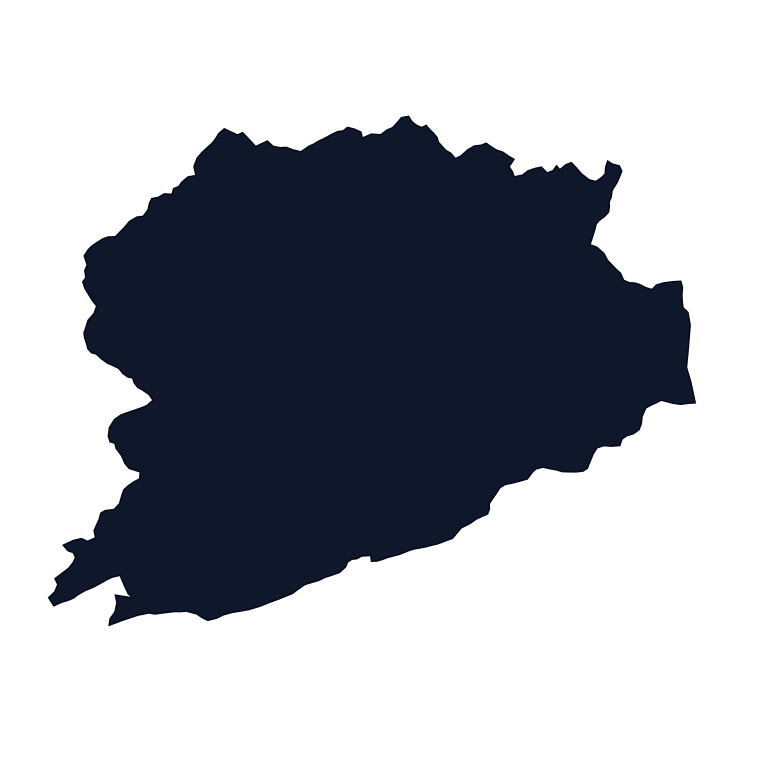 Jucás, Ceará, Brazil (Albers equal-area conic projection), rotated 6°
{"feature_id": "56859067B508683552133", "entity_name": "Jucás", "entity_type": "district", "adm_level": 2, "iso_a3": "BRA", "parent_name": "Brazil", "parent_adm1": "Ceará", "projection": "albers", "projection_center": [-39.616, -6.471], "detail": "fine", "context": "isolated", "style": "filled", "palette": "ink", "viewbox_px": 768, "rotation_deg": 6, "n_neighbors": 0, "source": "geoboundaries", "source_scale": "gbopen_adm2", "svg_char_len": 3959}
<svg xmlns="http://www.w3.org/2000/svg" viewBox="0 0 768 768"><g transform="rotate(6 384 384)"><path d="M183.8,167.1L178.8,172.8L174.6,178.8L172.3,187.6L175.2,196.3L167.4,198.6L161.7,204.6L159.3,209.1L154.4,211.7L153.4,217.6L145.6,217.9L139.9,222.1L133.7,223.9L131.9,228.6L131.2,235.4L127.0,242.4L120.7,243.9L113.7,249.2L110.1,254.7L106.0,259.9L101.4,265.7L94.0,266.7L88.8,269.4L83.7,273.4L78.7,277.7L75.6,281.7L72.5,287.9L76.4,296.7L74.6,302.5L76.4,309.3L73.8,313.9L76.6,320.2L85.2,331.4L90.2,336.5L88.3,344.2L83.1,351.5L81.6,358.9L80.3,364.6L81.6,369.6L84.2,375.3L85.8,379.8L89.7,383.4L94.6,384.2L100.5,388.5L106.5,392.0L113.0,394.1L118.7,396.2L123.3,400.8L128.3,403.7L133.5,404.3L135.5,409.0L139.5,413.1L144.1,415.0L151.3,418.9L156.0,424.3L150.4,430.3L145.4,433.0L136.0,437.4L125.9,442.1L119.7,447.5L115.5,456.0L115.3,464.6L117.7,470.1L122.6,471.0L124.4,476.1L130.4,482.5L134.7,490.1L139.5,494.6L145.4,495.8L150.8,496.9L150.9,503.9L145.4,507.6L140.2,512.1L136.4,516.4L135.1,521.6L133.5,530.8L128.6,537.1L120.0,539.1L115.9,542.0L114.9,548.4L111.0,560.1L113.3,567.1L105.6,571.5L99.3,569.4L91.5,572.1L81.9,577.8L87.1,582.8L92.6,584.1L95.4,588.7L93.6,594.0L89.7,600.2L77.2,612.0L80.6,617.5L78.3,625.1L72.9,631.6L78.8,639.1L85.6,635.0L92.1,632.3L97.2,629.5L101.1,625.9L108.4,620.6L116.7,616.1L124.5,610.7L128.3,607.8L134.1,604.4L141.5,601.8L144.2,606.7L146.5,610.9L149.0,615.1L151.6,619.3L156.6,623.0L138.9,622.1L141.3,629.5L140.3,638.9L136.1,646.2L135.9,652.7L147.8,646.7L163.4,639.6L169.6,637.7L174.3,636.2L179.9,636.7L199.1,632.2L204.9,631.7L211.2,630.5L222.1,632.3L226.9,635.0L233.4,637.5L242.3,634.2L248.6,630.2L256.9,627.0L265.3,624.7L273.8,622.2L285.0,617.4L291.1,614.0L301.5,609.0L308.5,605.2L315.0,601.8L319.3,597.6L326.4,591.6L335.2,587.9L339.6,586.1L345.4,582.5L352.0,579.6L359.5,576.0L364.8,570.0L366.3,564.9L370.4,561.6L375.1,560.6L379.8,557.4L388.8,555.9L390.1,561.6L395.4,560.8L400.5,558.7L405.7,556.1L417.4,551.7L426.2,547.0L430.5,545.1L442.7,541.5L448.7,539.2L453.9,537.4L468.2,530.3L475.7,519.1L484.5,513.4L489.9,508.6L500.5,502.4L501.9,497.6L501.1,492.1L507.6,479.9L510.1,475.0L514.9,471.3L520.8,469.5L528.6,466.6L536.4,463.5L540.7,456.3L543.9,452.6L550.8,450.0L556.8,450.8L564.2,451.3L570.3,452.5L576.8,452.0L584.3,451.3L591.2,449.7L595.0,446.5L599.3,431.7L602.5,425.2L608.9,422.3L617.2,422.0L625.0,420.5L626.3,414.0L630.6,410.2L637.2,407.4L642.4,402.7L644.0,396.7L644.0,389.4L646.8,380.5L652.0,376.9L656.6,374.2L661.4,371.1L667.4,372.0L673.6,372.9L681.1,373.2L688.4,371.4L695.5,370.2L688.9,350.0L683.1,335.9L682.9,316.1L682.3,293.4L678.8,281.1L673.4,276.9L672.2,272.1L671.0,264.7L670.7,256.8L668.4,250.8L660.8,252.1L652.0,254.1L644.6,257.1L640.7,262.1L634.0,260.8L628.0,258.4L622.8,257.4L617.3,257.7L611.4,255.8L607.8,249.3L602.8,245.6L599.0,242.4L593.5,237.8L589.1,231.3L581.5,225.8L574.3,223.9L577.2,209.8L578.2,202.9L580.7,198.9L585.7,194.4L589.3,189.6L589.6,184.3L588.8,179.4L590.4,174.4L590.6,167.4L594.8,159.0L596.3,154.0L598.2,147.5L595.3,142.6L587.8,141.3L583.2,138.9L581.8,144.9L582.0,152.1L578.9,155.9L573.6,160.5L566.6,159.5L558.3,154.3L552.5,148.8L547.1,144.3L541.9,147.0L536.5,152.6L532.8,149.0L530.0,154.1L524.2,157.1L517.8,151.9L511.3,154.0L504.8,157.1L499.9,161.8L491.8,164.4L489.5,159.5L485.6,154.8L489.8,146.9L484.3,144.6L478.1,141.1L471.3,139.6L464.9,136.5L460.5,133.9L455.5,136.5L449.1,137.8L442.9,142.3L436.6,149.3L431.5,152.4L426.4,147.7L420.5,144.9L416.8,141.4L413.0,138.1L410.9,133.3L407.0,129.4L402.7,126.1L398.9,122.4L394.6,125.1L388.8,123.1L384.3,120.1L380.5,115.3L373.6,117.2L369.4,123.4L365.8,128.2L360.6,131.0L354.7,136.5L345.4,136.8L336.7,141.7L334.7,135.9L327.7,133.6L320.9,132.6L317.0,136.5L311.5,137.9L306.2,141.1L298.1,146.7L292.7,149.9L289.0,152.9L284.6,155.3L277.1,161.8L269.3,160.8L262.1,158.9L256.0,159.9L248.8,159.2L242.6,154.6L231.5,161.3L224.4,155.0L217.1,148.8L212.3,151.7L198.5,146.9L193.4,152.4L191.3,157.1L188.1,162.3L183.8,167.1Z" fill="#0f172a" stroke="#020617" stroke-width="1.5"/></g></svg>